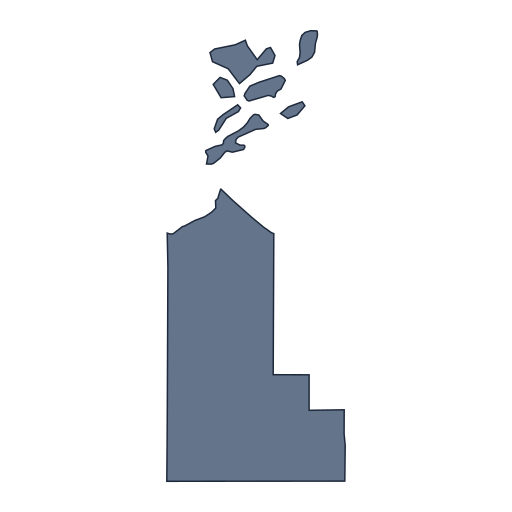 outline of Ashland, Wisconsin, United States of America
{"feature_id": "52423323B43219981502704", "entity_name": "Ashland", "entity_type": "district", "adm_level": 2, "iso_a3": "USA", "parent_name": "United States of America", "parent_adm1": "Wisconsin", "projection": "albers", "projection_center": [-90.631, 46.529], "detail": "fine", "context": "isolated", "style": "filled", "palette": "slate", "viewbox_px": 512, "rotation_deg": 0, "n_neighbors": 0, "source": "geoboundaries", "source_scale": "gbopen_adm2", "svg_char_len": 1879}
<svg xmlns="http://www.w3.org/2000/svg" viewBox="0 0 512 512"><path d="M344.8,481.1L345.2,445.5L344.1,433.7L344.2,409.8L309.1,410.3L309.1,374.8L273.2,374.7L273.8,233.6L271.4,232.7L263.5,227.1L251.7,217.3L232.9,200.6L220.9,189.1L220.3,190.1L217.8,198.4L215.5,200.5L215.8,208.0L211.6,212.2L204.6,216.8L195.0,220.4L184.2,226.2L182.5,226.5L173.3,233.7L172.1,234.0L169.7,233.9L167.2,233.1L167.9,267.1L167.3,410.0L167.1,445.5L166.8,481.3L237.7,481.2L344.8,481.1ZM210.0,52.6L212.5,61.7L228.1,68.7L239.5,83.6L250.0,74.6L256.8,66.3L272.7,63.1L275.0,55.5L270.5,47.5L266.4,48.8L257.2,59.7L247.3,45.8L245.4,40.2L235.2,44.8L214.6,49.0L210.0,52.6ZM205.7,151.0L205.8,152.5L208.0,156.0L206.5,164.0L211.4,164.1L213.5,163.4L220.3,158.0L224.7,152.4L226.8,150.9L232.4,152.2L243.5,149.5L244.9,147.1L244.7,145.8L244.0,145.2L239.9,145.1L235.5,142.8L236.1,139.4L238.2,137.1L255.7,129.3L263.9,128.5L265.7,127.7L268.3,125.4L268.0,124.4L263.1,121.0L258.8,115.0L254.9,114.3L253.4,114.9L250.0,118.4L247.4,122.7L243.6,127.0L238.4,130.9L228.0,136.3L225.6,138.3L223.6,140.6L223.4,143.1L222.2,144.8L215.0,146.4L206.0,150.5L205.7,151.0ZM245.0,93.4L244.2,95.9L247.2,100.3L249.1,101.0L268.2,95.4L271.5,96.1L272.7,96.9L273.8,97.4L274.8,96.9L275.3,96.2L275.4,94.3L276.4,92.3L277.7,90.8L280.9,89.1L285.3,80.4L284.3,78.5L281.1,76.0L279.5,75.6L259.2,82.2L249.9,86.1L245.0,93.4ZM297.2,61.6L297.6,64.8L307.4,60.3L311.8,57.2L314.6,52.2L315.4,43.4L317.1,37.5L317.5,34.7L317.2,31.4L316.8,30.9L310.7,30.7L305.1,32.4L301.8,35.5L300.1,40.7L299.5,44.5L300.1,52.8L299.5,57.4L297.2,61.6ZM220.1,77.4L213.2,84.4L221.1,97.7L234.6,96.6L233.0,88.7L227.3,80.2L220.1,77.4ZM280.5,113.5L287.8,118.5L297.2,114.9L304.9,105.8L302.2,101.8L288.6,106.8L280.5,113.5ZM214.2,128.8L215.7,132.3L218.7,130.2L226.3,118.3L238.4,111.6L240.6,107.9L237.7,104.8L223.0,114.7L217.6,119.2L214.2,128.8Z" fill="#64748b" stroke="#1e293b" stroke-width="1.5"/></svg>